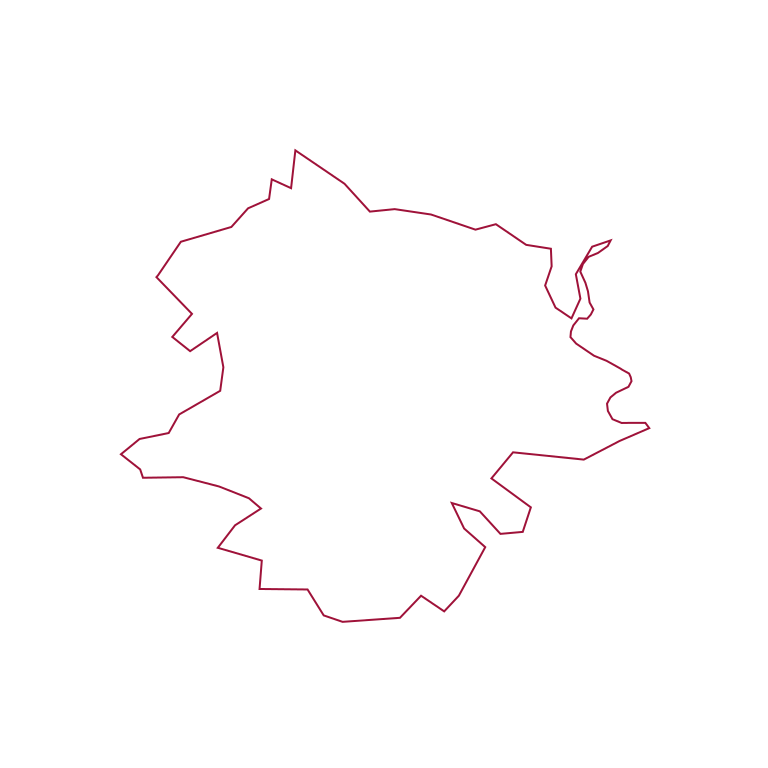 Buka, Tashkent, Uzbekistan, rotated 211°
{"feature_id": "79887680B42380635367979", "entity_name": "Buka", "entity_type": "district", "adm_level": 2, "iso_a3": "UZB", "parent_name": "Uzbekistan", "parent_adm1": "Tashkent", "projection": "albers", "projection_center": [69.118, 40.699], "detail": "fine", "context": "isolated", "style": "outline", "palette": "rose", "viewbox_px": 768, "rotation_deg": 211, "n_neighbors": 0, "source": "geoboundaries", "source_scale": "gbopen_adm2", "svg_char_len": 1342}
<svg xmlns="http://www.w3.org/2000/svg" viewBox="0 0 768 768"><g transform="rotate(211 384 384)"><path d="M631.4,401.3L633.7,360.7L634.1,358.4L584.7,345.2L589.7,315.3L567.1,312.3L553.4,341.8L530.3,315.6L520.9,293.8L543.9,252.4L543.3,231.1L565.2,211.0L573.3,188.3L549.0,185.2L542.3,179.5L508.1,200.7L472.6,211.2L440.9,216.5L425.3,213.9L438.9,186.2L442.1,158.0L397.8,169.7L385.1,144.2L343.7,168.5L316.5,154.6L297.0,158.8L249.9,191.8L243.2,221.6L215.3,220.1L210.8,241.1L213.2,296.3L240.9,301.4L264.6,316.9L236.3,324.2L207.0,315.5L188.9,328.7L194.6,353.9L243.3,358.4L238.2,391.9L173.8,422.1L152.8,456.4L133.9,482.8L136.3,483.8L140.0,485.3L151.8,478.2L160.2,473.0L170.0,471.5L178.2,476.2L182.7,482.0L183.0,489.1L180.6,496.0L173.0,507.5L173.3,513.9L176.0,516.9L179.3,519.2L187.0,518.9L189.1,519.0L205.2,518.5L218.5,516.4L240.1,517.6L248.3,520.2L250.8,525.3L251.9,531.7L250.7,540.8L243.5,544.6L242.5,550.1L242.9,555.8L249.7,559.7L256.9,568.5L263.5,574.5L273.6,581.4L275.3,589.3L274.1,598.4L268.1,606.5L263.3,617.5L263.7,623.8L276.3,608.9L276.1,576.9L259.6,558.3L257.1,536.8L276.3,537.8L296.6,551.4L300.9,571.2L310.6,585.9L333.8,576.5L370.4,578.6L385.1,563.4L431.0,553.5L464.9,539.4L484.9,524.5L521.0,535.3L580.3,538.6L564.5,504.0L585.6,501.6L577.8,483.4L591.0,464.6L595.7,440.0L631.4,401.3Z" fill="none" stroke="#9f1239" stroke-width="2"/></g></svg>